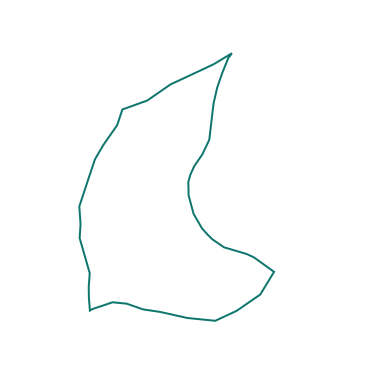 Kowon, Hamgyŏng-namdo, North Korea (Robinson projection), rotated 288°
{"feature_id": "82179303B22851132027505", "entity_name": "Kowon", "entity_type": "district", "adm_level": 2, "iso_a3": "PRK", "parent_name": "North Korea", "parent_adm1": "Hamgyŏng-namdo", "projection": "robinson", "projection_center": [127.128, 39.407], "detail": "fine", "context": "isolated", "style": "outline", "palette": "teal", "viewbox_px": 384, "rotation_deg": 288, "n_neighbors": 0, "source": "geoboundaries", "source_scale": "gbopen_adm2", "svg_char_len": 700}
<svg xmlns="http://www.w3.org/2000/svg" viewBox="0 0 384 384"><g transform="rotate(288 192 192)"><path d="M336.3,187.1L320.1,173.0L300.7,152.3L287.8,138.4L265.1,121.1L249.0,100.3L232.5,100.2L209.5,93.2L193.0,89.6L169.9,89.4L143.4,89.3L126.8,96.0L113.4,99.4L103.4,106.2L83.2,119.8L69.9,123.1L59.9,126.5L47.7,131.5L49.8,133.3L62.6,150.6L65.6,164.4L65.2,181.6L68.1,198.8L70.7,226.3L76.7,253.9L92.8,271.2L115.6,288.6L141.4,294.7L149.0,271.0L149.9,263.1L149.3,239.4L153.3,226.0L156.4,219.8L160.6,212.6L171.8,200.2L187.6,189.9L200.3,185.4L208.1,185.1L217.1,186.1L230.9,190.2L247.0,192.3L283.0,185.1L299.3,183.7L314.8,184.0L330.5,185.1L336.3,187.1Z" fill="none" stroke="#0f766e" stroke-width="2"/></g></svg>